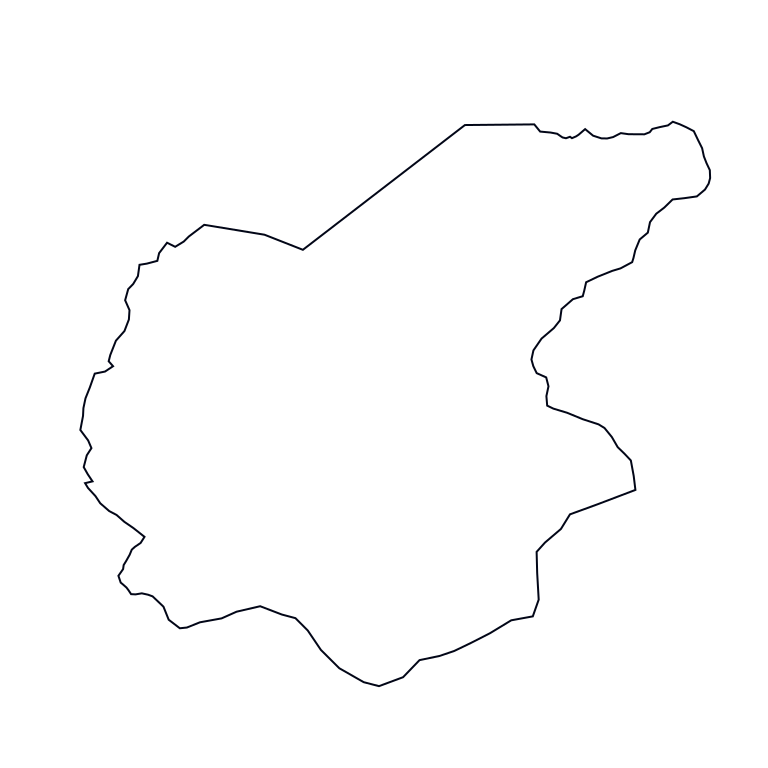 Ulu Selangor, Selangor, Malaysia (orthographic projection), rotated 98°
{"feature_id": "92858781B525446054982", "entity_name": "Ulu Selangor", "entity_type": "district", "adm_level": 2, "iso_a3": "MYS", "parent_name": "Malaysia", "parent_adm1": "Selangor", "projection": "orthographic", "projection_center": [101.562, 3.564], "detail": "fine", "context": "isolated", "style": "outline", "palette": "ink", "viewbox_px": 768, "rotation_deg": 98, "n_neighbors": 0, "source": "geoboundaries", "source_scale": "gbopen_adm2", "svg_char_len": 2202}
<svg xmlns="http://www.w3.org/2000/svg" viewBox="0 0 768 768"><g transform="rotate(98 384 384)"><path d="M103.6,220.3L110.1,226.0L112.1,228.3L114.4,232.1L113.3,234.2L115.3,238.0L115.0,241.5L113.9,243.8L112.1,247.3L111.8,254.0L112.3,264.5L106.0,271.3L116.3,339.9L262.4,483.0L252.8,523.1L251.4,584.2L265.1,597.8L270.8,602.1L277.2,609.9L274.3,618.5L285.7,624.9L293.6,625.6L297.8,635.6L300.0,642.7L311.4,642.7L319.9,646.3L325.6,650.5L337.1,652.0L346.3,646.3L355.6,645.6L367.7,648.4L378.4,655.5L393.4,659.1L399.8,659.8L404.1,654.8L410.5,662.0L414.0,671.9L428.3,674.8L439.7,677.6L449.7,678.3L457.5,677.6L471.8,678.3L481.1,669.1L488.2,664.8L496.0,668.4L508.1,669.8L514.6,664.8L521.0,659.1L523.8,666.2L528.1,662.7L535.2,654.1L541.6,648.4L548.1,638.4L550.9,630.6L556.6,622.0L561.6,612.0L568.7,599.9L575.3,602.9L579.9,608.0L583.1,610.7L588.5,612.1L595.4,614.8L599.5,616.6L603.6,616.6L610.9,620.3L616.7,617.4L617.3,617.1L618.7,614.8L621.4,610.7L623.7,608.4L627.3,605.2L626.9,600.7L625.0,594.7L625.5,588.3L626.5,583.6L635.2,571.4L647.4,564.4L654.3,552.2L652.6,545.3L645.6,533.1L638.7,512.2L630.0,498.3L621.3,475.7L626.5,453.1L628.2,439.1L638.7,425.2L656.1,409.5L671.7,388.7L682.1,362.6L683.9,346.9L673.8,328.2L671.7,324.3L652.5,310.4L645.6,291.2L638.6,277.3L628.2,261.7L616.0,244.3L600.3,225.1L593.4,204.3L576.0,200.8L549.9,206.0L529.0,209.5L518.6,202.5L502.9,188.6L487.2,181.7L473.3,155.6L453.9,120.3L440.4,123.9L425.4,128.9L419.7,136.0L414.0,143.8L404.8,151.0L396.9,159.5L394.1,165.9L391.2,182.3L387.0,198.7L384.8,212.9L382.7,219.4L373.4,221.5L363.4,220.8L354.9,224.3L352.0,234.3L345.6,238.6L339.2,241.4L329.9,240.7L317.1,234.3L305.0,223.6L296.5,218.6L285.1,218.6L273.7,208.7L269.4,199.4L263.7,198.7L255.1,198.0L248.0,187.3L240.2,173.7L236.6,165.9L228.8,155.2L224.5,154.5L216.7,153.8L205.3,150.9L197.4,143.8L186.7,143.1L177.5,138.1L170.3,131.0L161.1,123.9L158.2,112.5L154.7,100.3L146.8,93.2L140.4,90.4L134.7,89.7L126.9,91.1L120.5,95.3L114.1,98.9L106.2,101.8L99.1,106.7L90.5,112.4L87.7,120.3L85.6,127.4L84.1,134.5L88.4,138.8L91.2,146.6L94.1,153.8L97.7,155.9L100.5,160.9L102.6,176.6L102.6,184.4L107.6,191.5L109.8,197.2L110.5,202.9L109.0,211.5L103.6,220.3Z" fill="none" stroke="#020617" stroke-width="2"/></g></svg>